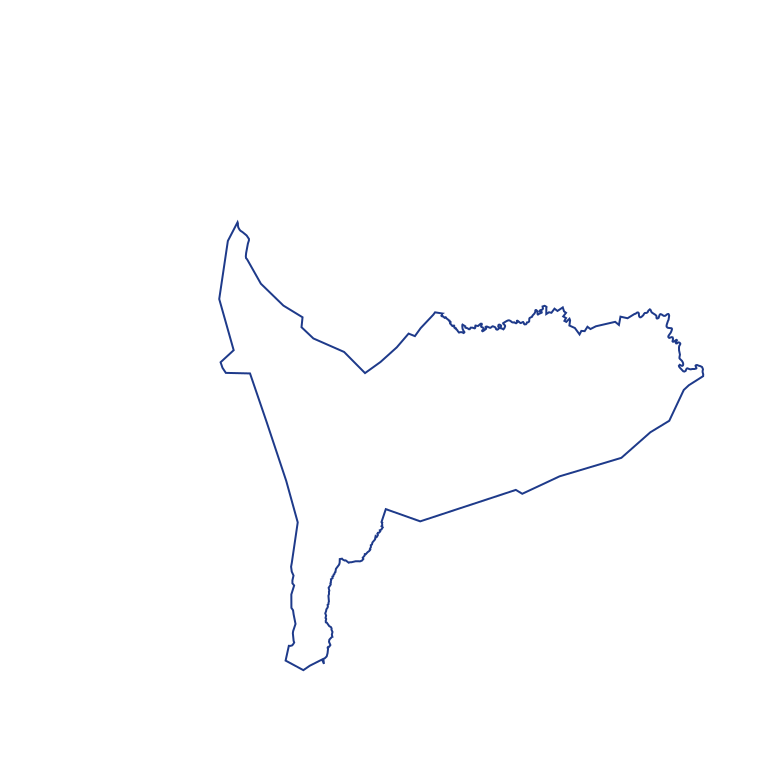 Concepción Buenavista, Puebla, Mexico (orthographic projection), rotated 48°
{"feature_id": "50627088B88871984884720", "entity_name": "Concepción Buenavista", "entity_type": "district", "adm_level": 2, "iso_a3": "MEX", "parent_name": "Mexico", "parent_adm1": "Puebla", "projection": "orthographic", "projection_center": [-97.427, 17.984], "detail": "fine", "context": "isolated", "style": "outline", "palette": "blue", "viewbox_px": 768, "rotation_deg": 48, "n_neighbors": 0, "source": "geoboundaries", "source_scale": "gbopen_adm2", "svg_char_len": 6153}
<svg xmlns="http://www.w3.org/2000/svg" viewBox="0 0 768 768"><g transform="rotate(48 384 384)"><path d="M269.9,494.1L286.5,476.5L333.1,496.4L390.6,521.5L429.1,540.7L455.3,572.3L457.6,575.3L461.7,578.1L465.8,579.4L468.6,583.4L470.8,585.4L473.6,585.6L478.4,593.7L488.4,602.6L491.3,603.0L494.7,605.3L503.1,610.3L506.8,616.8L508.2,618.5L514.5,623.1L516.0,623.7L516.6,625.7L516.8,627.1L516.0,628.8L514.9,629.9L523.7,642.2L542.7,635.4L543.7,627.7L547.3,614.4L551.8,615.9L547.7,613.0L548.2,611.6L548.1,608.9L546.3,606.1L543.2,602.6L542.4,602.5L542.1,602.1L542.0,601.3L542.6,600.6L542.1,598.5L538.8,597.4L537.4,595.6L537.1,591.8L537.3,591.5L535.4,590.5L533.8,588.2L531.4,587.4L530.6,586.5L529.3,586.1L527.2,586.7L523.1,586.2L522.2,586.7L520.9,585.7L520.3,584.6L519.6,584.0L518.7,584.0L517.4,582.0L515.1,581.1L514.1,579.1L512.9,577.6L512.4,575.5L511.8,574.6L510.4,573.7L510.5,572.7L509.2,571.3L508.8,570.5L504.2,567.0L503.3,565.4L501.4,563.8L501.1,563.0L498.4,561.5L497.4,557.8L496.2,557.2L496.2,556.5L495.2,555.7L494.6,554.7L493.6,554.1L493.9,552.2L492.6,551.2L492.9,550.3L491.9,548.9L492.1,548.2L491.1,546.5L491.3,546.0L489.2,543.4L488.2,538.2L487.1,536.5L484.5,534.0L485.7,532.1L486.6,532.2L488.8,531.4L489.4,530.5L493.2,529.8L493.6,528.7L494.6,527.6L496.8,523.6L499.8,520.4L500.5,518.5L500.2,516.4L498.9,516.1L498.5,513.1L497.6,512.1L498.3,511.4L498.0,508.7L498.2,507.1L498.1,505.7L497.9,505.0L497.2,505.0L496.4,502.8L495.0,501.7L495.2,500.3L494.0,498.6L493.5,494.6L492.8,493.9L491.5,492.1L492.8,492.0L492.8,491.5L492.1,489.5L490.9,489.2L490.5,488.1L491.2,487.1L491.0,485.4L489.9,485.0L490.4,483.3L489.7,480.8L488.0,481.0L487.8,479.8L486.1,478.6L485.8,478.0L484.9,478.2L478.2,466.4L510.3,449.0L550.9,356.9L558.1,354.7L570.1,315.3L597.7,257.0L598.1,218.3L602.2,196.6L589.0,165.2L588.9,158.2L591.7,141.6L590.4,140.3L588.4,139.3L587.4,138.4L586.7,137.3L585.8,136.8L584.2,136.3L582.5,136.9L581.1,137.8L579.3,138.7L578.8,139.6L578.8,140.1L578.9,140.3L581.3,141.2L581.4,141.6L580.6,143.2L579.1,144.9L578.4,146.2L577.4,147.0L575.4,148.0L575.1,148.7L575.2,149.2L576.1,151.2L575.7,152.5L574.7,153.1L570.1,153.2L568.6,153.1L567.8,152.7L567.6,151.4L569.6,150.6L570.1,150.2L570.2,149.4L569.8,148.7L568.7,147.8L567.6,147.4L566.1,147.1L563.1,147.3L562.6,147.2L561.8,146.5L560.2,144.4L556.4,142.2L554.3,140.4L553.3,139.2L552.7,137.3L552.1,136.7L551.1,136.7L550.3,137.1L549.9,138.0L549.8,139.2L549.3,139.7L548.7,139.6L548.1,139.1L547.5,137.0L546.9,137.1L546.7,137.7L546.5,140.2L545.9,141.0L545.3,141.0L543.9,139.0L542.5,138.3L541.7,138.8L540.6,141.2L539.5,141.3L538.9,140.9L538.5,140.1L537.7,136.5L536.8,134.6L535.9,133.2L535.0,133.0L532.5,135.2L531.8,135.6L530.5,135.6L529.9,135.2L529.1,134.2L527.2,130.9L526.7,129.6L525.4,128.0L524.1,126.4L522.9,125.8L522.3,125.8L521.7,126.7L521.5,129.3L520.8,130.3L520.3,130.6L518.0,131.2L517.0,131.9L517.1,133.0L518.6,135.7L518.4,136.8L517.8,137.4L517.2,137.3L516.4,136.5L515.6,136.0L514.3,136.0L510.2,137.1L509.6,137.1L507.1,136.3L506.4,136.5L506.4,138.5L507.0,139.8L507.0,140.8L506.8,141.4L505.8,142.6L505.8,143.6L506.4,145.4L506.4,147.4L506.2,148.6L505.7,149.1L504.9,149.2L504.0,148.9L501.9,147.3L500.7,147.4L500.2,148.3L500.1,150.1L499.6,150.9L498.1,159.0L492.2,163.2L497.3,169.9L492.5,170.6L482.9,187.9L481.3,193.8L477.6,194.5L479.0,199.5L476.6,201.8L478.0,205.5L470.1,204.7L464.6,207.1L461.2,203.1L459.6,202.5L459.8,207.0L457.8,207.7L456.8,204.6L453.7,205.6L452.9,201.1L450.5,201.6L446.7,199.9L445.8,206.2L442.1,206.9L443.1,211.9L441.1,213.4L440.6,216.6L435.9,212.3L435.6,211.7L434.3,211.9L433.3,212.4L432.5,214.3L434.3,215.4L434.6,216.2L434.5,216.9L433.7,218.5L433.8,219.6L434.0,219.8L434.5,219.5L434.7,219.1L435.4,218.5L436.3,218.8L436.5,219.1L435.6,221.8L435.4,223.1L434.8,223.1L432.7,221.5L432.0,221.3L430.9,221.4L430.5,221.9L430.8,222.6L431.5,223.1L432.3,225.0L432.5,227.5L432.6,228.1L433.1,228.8L432.4,231.6L432.7,232.3L434.6,234.2L434.7,234.8L434.5,235.8L433.9,236.6L434.5,237.7L434.6,238.5L433.8,239.6L433.0,239.7L432.3,239.3L431.1,239.1L430.8,239.5L430.5,240.9L430.1,241.7L429.5,241.9L426.7,242.3L426.1,242.6L426.0,242.9L426.3,243.2L427.3,243.7L427.3,245.1L426.7,245.6L425.8,245.7L425.2,246.0L425.0,246.5L424.2,247.3L423.5,247.6L421.8,247.8L421.1,248.1L420.3,248.5L419.8,249.2L419.3,250.6L418.5,254.7L418.8,255.0L421.4,254.9L422.0,255.2L422.3,255.6L423.2,257.6L423.2,258.7L422.6,258.7L422.2,259.2L421.3,259.3L420.1,260.5L419.6,260.4L419.4,258.4L419.1,258.0L418.7,257.9L417.6,258.2L416.9,258.7L416.8,259.5L417.7,260.6L418.9,260.7L419.4,261.0L419.3,261.6L419.7,262.5L419.6,262.9L419.4,263.5L418.8,263.9L418.3,264.0L417.5,263.6L416.0,263.5L414.4,264.2L413.7,264.8L413.5,267.2L413.2,267.6L410.3,269.0L409.7,269.6L409.6,270.4L409.9,270.6L410.9,270.7L411.3,271.2L411.1,274.2L410.8,275.4L410.1,275.5L409.9,275.2L410.1,273.2L409.9,272.9L408.0,272.8L406.9,273.4L406.4,273.4L405.9,273.1L405.1,271.3L404.6,271.1L404.0,271.6L403.8,273.0L403.9,275.0L403.7,275.4L401.8,276.9L402.1,277.6L403.2,278.4L403.4,279.1L403.2,279.5L401.3,280.6L400.1,281.9L400.6,283.6L400.2,284.2L398.3,284.7L397.5,285.3L396.5,285.8L395.6,285.0L392.4,285.9L392.5,286.2L393.5,287.2L395.6,288.7L397.6,289.3L399.2,289.5L399.4,289.7L399.4,290.7L397.7,291.4L396.4,292.8L396.0,293.8L394.2,293.8L393.0,293.5L392.1,293.7L391.5,293.5L390.8,293.8L390.6,293.7L390.6,293.3L390.4,293.3L389.5,294.0L388.4,293.6L388.0,293.0L387.4,292.9L387.2,293.2L387.4,293.6L387.3,293.9L386.8,294.3L385.7,294.5L385.1,294.2L383.3,294.4L382.8,294.1L382.6,293.1L382.4,293.0L381.9,293.3L381.5,293.4L381.2,293.0L380.6,292.9L380.2,293.3L378.7,293.3L377.0,293.7L376.2,293.4L375.8,293.5L375.9,293.9L375.5,294.5L375.3,294.3L373.7,295.0L373.2,294.9L372.3,295.7L371.9,295.7L372.0,295.2L371.8,294.8L370.5,294.1L370.6,293.5L364.9,298.1L365.5,301.0L367.0,319.4L369.1,329.0L363.0,332.0L365.3,349.9L365.3,371.8L363.2,390.8L333.5,392.2L302.9,406.0L286.6,407.3L279.9,399.9L258.4,406.3L227.1,408.4L199.7,402.3L198.2,402.3L196.7,401.3L194.4,398.8L188.6,391.2L186.9,388.3L185.8,387.3L181.7,386.7L176.4,387.5L174.2,388.1L172.7,388.1L170.1,387.5L168.2,386.3L166.9,385.1L165.8,384.6L173.2,404.3L210.6,449.6L258.3,473.1L258.5,490.9L263.9,493.2L269.9,494.1Z" fill="none" stroke="#1e3a8a" stroke-width="2"/></g></svg>